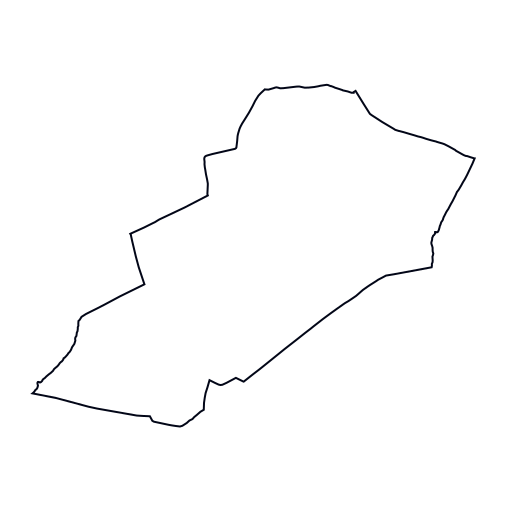 Tepetitla de Lardizábal, Puebla, Mexico, rotated 277°
{"feature_id": "50627088B59420267366292", "entity_name": "Tepetitla de Lardizábal", "entity_type": "district", "adm_level": 2, "iso_a3": "MEX", "parent_name": "Mexico", "parent_adm1": "Puebla", "projection": "albers", "projection_center": [-98.379, 19.283], "detail": "fine", "context": "isolated", "style": "outline", "palette": "ink", "viewbox_px": 512, "rotation_deg": 277, "n_neighbors": 0, "source": "geoboundaries", "source_scale": "gbopen_adm2", "svg_char_len": 3858}
<svg xmlns="http://www.w3.org/2000/svg" viewBox="0 0 512 512"><g transform="rotate(277 256 256)"><path d="M266.2,431.7L267.7,431.8L269.6,431.5L271.4,432.0L273.2,431.9L276.9,431.2L278.2,431.5L280.0,431.7L281.8,430.9L283.8,430.5L285.6,430.3L287.2,429.7L289.5,428.6L290.8,428.4L293.5,428.8L295.6,428.7L296.9,429.2L297.6,429.3L298.6,430.2L300.3,431.1L300.9,430.9L301.6,430.8L301.7,431.1L301.7,431.9L301.6,432.6L301.8,433.3L302.6,433.8L304.5,434.4L305.0,434.4L306.8,434.7L308.1,434.8L309.7,435.3L312.0,435.7L313.9,436.7L315.0,437.1L315.9,437.2L317.6,437.6L319.1,438.2L322.8,439.5L324.5,440.3L326.0,441.1L327.9,441.8L331.1,443.0L334.4,444.4L340.5,446.6L344.2,447.7L344.4,447.9L346.5,449.1L351.3,451.2L354.4,452.4L357.9,454.0L362.1,455.6L374.1,459.6L379.5,461.1L379.5,460.8L380.2,456.8L380.9,453.5L380.9,451.9L381.4,450.1L382.1,448.3L383.5,444.9L384.8,441.7L385.5,440.8L388.3,433.9L389.7,430.0L389.8,429.8L390.0,429.1L390.4,427.3L390.9,424.1L391.4,421.2L391.5,421.0L391.6,420.5L391.8,418.7L392.2,415.6L393.0,410.7L393.7,407.4L394.1,405.1L394.4,402.2L395.1,398.4L396.0,392.8L396.9,387.5L397.5,383.1L397.5,382.6L398.2,378.8L399.1,377.0L401.5,371.5L404.4,364.9L409.9,353.6L411.0,351.7L419.9,344.4L432.0,334.7L430.6,333.0L429.9,333.0L429.9,332.8L429.7,330.8L430.5,327.0L431.0,321.9L431.2,321.6L431.9,318.2L432.7,313.8L433.2,312.4L433.8,309.8L433.7,309.4L434.5,306.5L434.5,305.2L432.8,299.1L432.0,297.0L430.8,293.1L429.6,287.8L429.0,283.9L429.5,278.3L429.1,275.7L425.9,262.6L425.4,259.6L425.8,257.2L425.9,255.7L425.5,254.5L424.8,253.1L423.3,249.6L422.7,248.2L422.4,245.2L422.5,244.5L418.1,240.8L415.5,238.9L410.0,236.3L404.3,234.3L397.3,231.5L390.0,228.1L385.8,226.1L382.7,224.9L380.4,224.2L375.9,223.4L374.2,223.2L372.6,223.1L367.8,223.3L364.8,223.3L362.6,223.3L361.4,223.3L360.6,223.0L359.8,222.1L351.9,200.3L350.2,196.2L349.4,194.4L348.7,193.5L347.9,193.0L347.1,192.8L346.0,192.8L343.1,193.5L340.8,193.7L337.8,194.4L335.2,195.2L331.0,196.4L326.1,198.1L322.2,199.3L320.7,199.5L311.5,200.2L310.2,200.8L295.4,179.2L280.5,155.6L279.1,153.8L277.3,151.6L275.9,149.4L270.6,141.4L263.2,129.3L262.7,128.5L261.8,129.2L260.8,129.5L255.4,131.4L241.1,136.7L230.5,141.0L214.7,148.5L214.3,148.7L199.3,125.8L189.3,111.6L184.8,105.0L180.5,98.5L177.7,94.3L175.8,92.0L174.4,90.3L174.3,90.2L174.0,90.1L171.2,88.8L169.8,87.7L167.0,87.9L166.3,88.0L165.1,88.2L163.6,87.8L162.0,88.0L159.6,88.0L158.2,87.5L154.8,87.5L153.7,86.9L152.7,86.6L151.6,86.6L150.0,87.0L146.6,86.4L144.7,85.4L143.4,84.7L142.2,84.3L141.6,84.2L140.0,83.7L138.8,83.1L137.7,82.5L136.7,81.6L135.3,81.0L133.1,79.5L131.8,78.5L131.0,77.5L129.7,77.3L127.8,76.2L127.0,75.3L125.8,74.3L124.4,73.6L123.2,72.9L121.9,71.9L121.1,71.1L119.8,69.9L118.9,69.2L117.4,68.6L115.0,66.6L113.2,64.7L110.7,62.4L109.7,61.7L109.0,61.1L108.1,60.1L107.3,59.4L106.0,59.0L104.7,58.0L104.1,57.0L104.4,56.2L104.5,55.4L104.3,54.8L103.3,54.5L102.0,54.9L100.7,55.4L98.8,55.1L98.1,54.9L97.3,54.5L95.9,53.2L94.7,52.7L93.5,51.9L92.4,50.9L90.7,74.7L86.0,108.1L85.2,116.8L83.1,157.1L83.5,163.9L83.6,164.9L84.0,170.2L79.8,173.2L79.1,174.9L78.4,182.9L77.8,189.8L77.6,193.3L77.6,193.7L77.5,196.8L77.5,199.3L77.5,201.3L78.5,203.6L81.8,207.6L84.6,210.0L86.4,212.8L88.6,214.3L91.0,216.6L94.6,219.8L96.0,221.6L97.0,222.9L104.0,222.3L109.0,222.4L113.9,222.7L119.6,223.8L127.1,225.0L125.1,230.6L123.8,234.6L123.6,236.5L124.1,238.3L126.5,242.2L132.4,250.6L132.6,250.9L129.9,258.6L129.8,259.1L138.2,267.4L143.8,273.1L148.2,277.4L158.2,287.1L161.5,290.3L166.9,295.5L170.4,299.0L177.9,306.5L178.7,307.3L185.5,314.0L190.6,319.2L193.1,321.6L201.4,329.9L203.6,332.2L208.7,337.6L212.2,341.4L212.5,341.7L218.7,348.5L220.2,350.2L222.4,353.1L225.6,356.8L228.6,360.2L230.7,362.1L232.6,363.8L233.4,364.5L235.4,366.3L239.3,370.6L241.2,372.8L245.7,378.3L247.3,380.1L250.2,384.3L252.4,387.4L254.7,395.2L254.9,395.8L266.2,431.7Z" fill="none" stroke="#020617" stroke-width="2"/></g></svg>